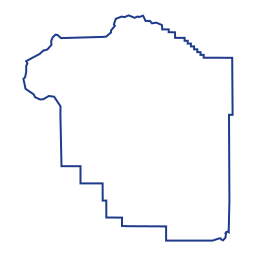 outline of Madison, Montana, United States of America
{"feature_id": "52423323B46649756704287", "entity_name": "Madison", "entity_type": "district", "adm_level": 2, "iso_a3": "USA", "parent_name": "United States of America", "parent_adm1": "Montana", "projection": "natural_earth1", "projection_center": [-111.999, 45.284], "detail": "fine", "context": "isolated", "style": "outline", "palette": "blue", "viewbox_px": 256, "rotation_deg": 0, "n_neighbors": 0, "source": "geoboundaries", "source_scale": "gbopen_adm2", "svg_char_len": 1140}
<svg xmlns="http://www.w3.org/2000/svg" viewBox="0 0 256 256"><path d="M212.6,240.6L219.2,238.4L220.6,238.4L221.4,239.6L223.0,240.3L225.4,237.8L226.0,233.6L225.5,233.2L226.1,232.1L227.5,231.6L228.7,232.3L229.4,200.8L229.0,114.8L232.6,114.8L232.2,57.8L203.7,57.7L203.7,54.9L200.5,54.9L200.5,52.1L197.3,52.1L197.3,49.3L194.1,49.3L194.1,46.4L190.9,46.4L190.9,43.6L187.7,43.6L187.7,40.8L184.6,40.8L184.6,37.9L175.1,37.9L175.0,32.3L168.7,32.2L168.7,29.4L162.2,29.4L162.2,27.2L161.9,25.0L156.4,22.7L151.9,23.3L150.0,20.9L145.6,21.0L143.1,15.7L138.8,17.1L137.6,16.5L134.6,17.8L128.7,15.4L124.5,17.1L121.5,16.6L115.8,18.8L113.9,24.4L114.9,25.8L111.0,30.5L111.1,32.4L106.2,36.6L102.9,36.9L61.0,38.1L57.4,34.9L55.4,34.7L52.7,37.3L51.2,41.0L51.4,44.9L47.4,49.5L43.1,50.7L39.6,54.0L26.2,61.1L27.4,63.5L26.2,65.8L26.2,72.0L25.1,77.2L23.4,79.0L24.3,82.9L25.5,88.8L33.6,94.3L35.1,97.2L39.8,99.4L43.1,99.3L48.9,96.0L54.1,96.7L60.5,106.3L60.4,114.9L61.5,166.2L80.5,166.2L80.5,183.4L102.6,183.4L102.7,200.6L106.3,200.6L106.3,217.5L122.0,217.6L122.0,226.0L128.3,226.2L166.1,226.4L166.1,240.6L212.6,240.6Z" fill="none" stroke="#1e3a8a" stroke-width="2"/></svg>